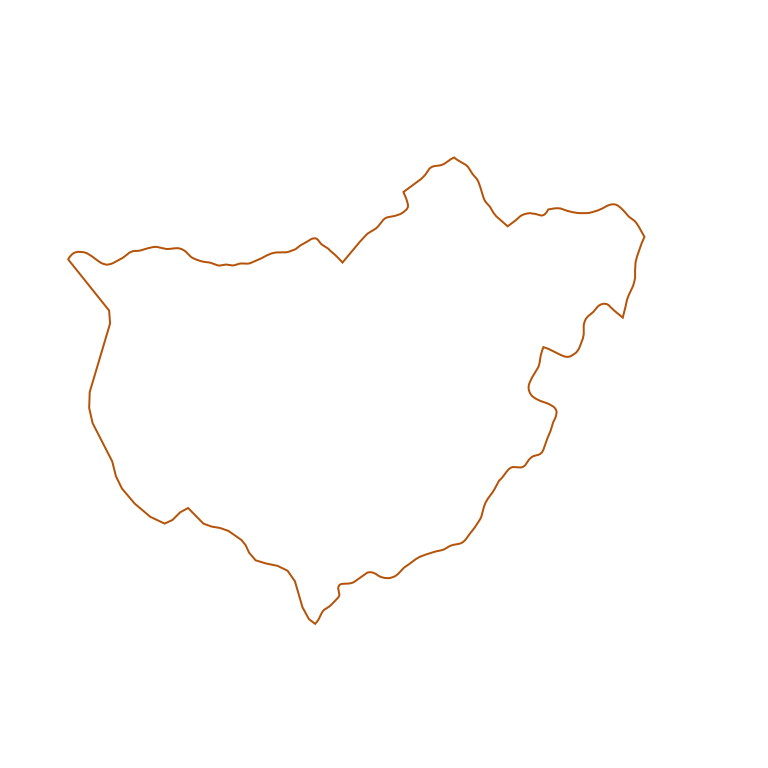 Severno-Backi, Albers equal-area conic projection, rotated 254°
{"feature_id": "SRB-274", "entity_name": "Severno-Backi", "entity_type": "District", "adm_level": 1, "iso_a3": "SRB", "parent_name": "Republic of Serbia", "parent_adm1": "", "projection": "albers", "projection_center": [19.626, 45.896], "detail": "fine", "context": "isolated", "style": "outline", "palette": "amber", "viewbox_px": 768, "rotation_deg": 254, "n_neighbors": 0, "source": "natural_earth", "source_scale": "10m", "svg_char_len": 4219}
<svg xmlns="http://www.w3.org/2000/svg" viewBox="0 0 768 768"><g transform="rotate(254 384 384)"><path d="M473.2,109.0L517.7,137.4L530.4,140.0L590.7,114.8L591.8,115.6L592.9,117.0L594.7,120.0L595.3,121.5L595.6,123.7L595.5,126.0L593.7,131.2L591.8,134.3L587.4,138.3L580.6,143.5L578.6,145.2L577.0,147.1L575.3,149.9L574.8,152.1L574.7,154.5L574.9,156.8L577.2,167.3L578.0,169.6L580.5,175.7L580.8,177.9L580.8,180.1L579.7,184.7L579.5,186.9L579.6,194.5L579.2,200.4L578.5,203.2L573.7,212.1L573.0,215.0L572.0,221.0L571.2,223.8L569.5,226.6L567.8,228.4L565.9,229.9L559.7,233.3L557.8,234.9L555.7,237.4L552.9,241.3L550.8,245.1L549.0,249.5L547.9,251.3L543.9,256.8L543.3,258.2L543.1,259.1L542.4,265.0L539.7,271.1L539.4,273.1L539.5,278.2L539.1,280.4L537.2,286.3L537.0,288.5L538.6,300.7L540.0,307.1L540.5,312.0L540.4,314.6L540.1,317.0L537.5,326.4L537.4,329.3L538.0,336.3L539.4,339.6L540.4,342.3L542.2,350.0L543.2,353.3L543.5,355.7L543.1,357.8L542.6,358.8L541.8,359.6L540.1,360.5L536.0,362.1L534.1,363.6L529.6,367.6L526.5,369.3L521.9,372.4L517.3,375.0L512.2,377.6L527.5,400.2L532.3,408.2L533.3,410.3L535.2,417.3L535.9,419.5L537.2,421.9L542.0,428.6L543.0,430.9L543.3,433.0L542.6,440.9L542.8,445.9L543.3,448.3L543.8,449.9L545.1,452.9L545.9,454.3L547.6,455.8L549.2,456.4L551.0,456.5L555.5,456.5L563.2,455.6L571.0,476.6L573.7,481.3L578.3,486.8L579.1,488.4L579.5,490.1L579.6,492.3L578.7,498.0L578.7,500.6L579.2,503.1L581.7,510.3L582.4,513.9L581.3,514.6L578.9,516.5L571.9,523.2L569.5,524.6L561.4,527.0L555.4,529.8L552.9,530.4L547.5,530.8L536.4,531.0L533.7,531.2L531.2,531.8L525.2,534.7L518.1,536.5L514.3,538.1L501.5,546.3L505.0,555.6L507.9,561.6L508.5,564.9L508.5,568.2L508.0,571.4L505.6,576.7L502.9,581.0L502.4,582.5L502.5,584.4L503.3,586.2L504.5,587.9L506.5,590.0L505.8,596.5L505.1,599.4L504.1,602.0L499.8,608.1L497.1,612.8L494.7,618.0L492.4,625.8L491.9,628.7L491.8,631.5L491.9,637.5L492.7,643.2L493.6,646.5L493.9,648.9L494.0,651.2L493.7,653.5L493.1,655.2L492.2,656.7L491.0,658.0L488.3,660.0L483.4,662.7L478.0,665.2L476.4,666.2L472.2,669.5L470.5,670.4L468.6,671.2L464.5,672.4L453.6,674.9L447.9,670.2L437.0,662.5L434.5,661.0L431.5,659.3L429.2,658.5L423.8,656.6L417.0,654.7L413.9,653.1L410.6,651.1L408.5,649.5L401.9,643.7L398.0,640.8L391.8,637.5L382.0,631.8L391.3,625.4L398.1,621.5L399.7,619.8L400.6,617.3L400.7,614.6L400.2,612.4L399.6,611.0L395.5,604.9L393.0,599.1L391.1,596.1L388.3,593.8L385.5,592.2L376.7,589.7L372.9,587.7L364.6,581.5L362.9,579.6L361.4,577.6L360.5,575.4L359.4,571.7L359.2,570.1L359.4,568.0L360.4,565.6L362.0,563.4L363.9,561.1L372.6,551.6L375.5,547.4L372.8,545.4L368.0,542.4L361.1,539.2L357.8,537.1L349.5,528.2L345.5,524.6L343.3,523.1L341.6,522.3L339.9,521.8L337.5,521.6L335.2,521.8L333.4,522.3L331.7,523.0L329.7,524.4L327.7,526.2L324.6,529.7L320.5,535.5L319.0,537.3L315.6,540.6L313.5,541.7L312.0,542.2L310.3,542.3L308.9,542.0L306.0,540.6L304.5,539.6L300.6,536.1L293.2,531.3L287.0,526.3L276.5,518.8L274.8,517.0L273.7,514.9L273.4,512.9L273.5,507.7L272.9,505.5L272.0,503.6L270.8,501.8L267.1,497.5L266.4,496.0L266.0,494.4L266.1,492.3L268.7,485.0L268.6,482.9L267.6,480.3L265.9,477.7L261.4,471.7L260.0,469.3L259.5,468.1L252.2,461.0L249.9,458.4L245.2,452.3L242.1,449.0L238.4,446.2L230.1,441.3L227.3,438.9L220.9,431.5L216.3,425.1L212.8,420.7L211.3,418.5L210.2,416.1L209.7,413.9L209.7,411.7L210.3,406.2L210.2,403.8L209.9,401.6L208.6,396.9L208.3,394.6L208.8,386.9L208.5,376.6L208.0,370.7L206.9,366.3L204.2,359.3L201.9,352.5L197.9,345.8L196.8,343.5L196.1,341.2L195.9,338.8L195.9,336.4L196.3,334.1L197.5,331.0L199.2,328.0L200.9,326.1L203.6,323.9L205.4,321.8L206.3,320.4L206.9,318.8L207.2,317.4L207.3,315.9L207.0,315.2L201.9,300.6L201.6,298.1L201.8,295.6L203.4,288.8L203.5,287.5L203.2,286.1L202.4,285.0L201.3,284.1L200.0,283.6L194.0,283.1L192.8,282.6L191.4,281.2L186.4,272.6L185.2,270.1L183.5,264.4L182.3,262.4L180.6,260.6L175.8,256.3L174.0,254.1L172.4,251.7L178.7,247.0L191.9,244.1L218.9,244.0L231.1,239.8L238.5,231.6L244.0,221.1L249.9,212.0L259.1,207.8L267.1,206.6L273.3,204.0L285.6,194.0L290.8,186.7L294.5,178.9L299.6,171.9L318.8,161.5L316.9,152.8L311.6,143.2L310.3,134.6L320.8,122.7L337.7,111.4L355.7,103.3L369.1,100.9L384.6,101.4L426.7,93.1L442.3,94.0L457.4,98.9L473.2,109.0Z" fill="none" stroke="#b45309" stroke-width="2"/></g></svg>